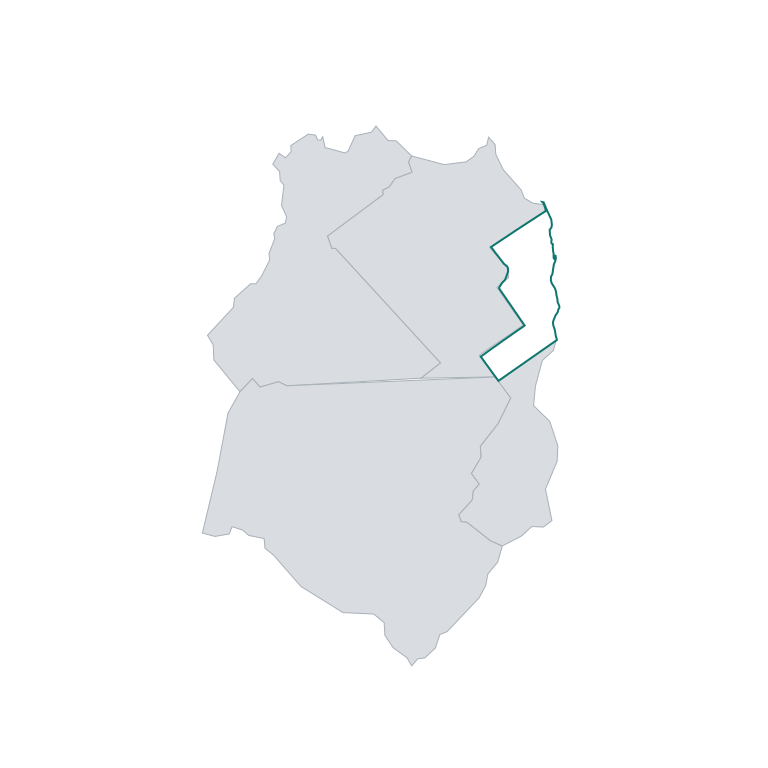 map of Western Sahara with Mali, Mauritania, Algeria and Morocco greyed out, rotated 146°
{"feature_id": "ESH", "entity_name": "Western Sahara", "entity_type": "country or territory", "adm_level": 0, "iso_a3": "ESH", "parent_name": "Africa", "parent_adm1": "", "projection": "orthographic", "projection_center": [-13.3, 24.236], "detail": "fine", "context": "with_neighbors", "style": "outline", "palette": "teal", "viewbox_px": 768, "rotation_deg": 146, "n_neighbors": 4, "source": "natural_earth", "source_scale": "50m", "svg_char_len": 4074}
<svg xmlns="http://www.w3.org/2000/svg" viewBox="0 0 768 768"><g transform="rotate(146 384 384)"><path d="M246.4,602.3L244.5,583.6L237.9,578.7L233.6,557.6L239.4,554.3L242.3,543.8L259.9,548.1L269.6,544.4L276.4,545.4L278.9,541.4L348.0,538.2L351.4,525.6L348.3,523.5L325.3,369.8L350.0,368.1L465.6,436.9L470.2,444.9L488.6,450.8L489.9,462.1L507.7,458.1L511.6,499.0L503.7,512.0L503.1,523.1L465.9,531.8L460.1,538.7L438.5,541.7L434.1,538.7L424.9,542.1L409.3,550.8L406.4,556.5L393.4,565.5L391.3,570.2L384.2,574.3L375.8,572.5L371.2,577.1L369.1,589.4L355.7,604.8L356.3,610.7L351.8,618.4L353.2,628.5L342.0,633.9L339.1,626.6L331.0,628.6L327.9,633.8L307.1,633.5L301.6,628.7L302.5,623.4L300.2,621.5L296.5,623.3L300.6,613.0L287.2,597.4L283.7,597.0L269.1,606.0L253.7,599.8L246.4,602.3Z" fill="#d9dde1" stroke="#a8b0b8" stroke-width="1"/><path d="M150.8,442.8L154.6,436.9L220.2,437.8L216.9,411.8L221.0,402.6L236.4,400.9L235.5,354.9L288.5,354.7L287.6,327.5L350.0,368.1L325.3,369.8L348.3,523.5L351.4,525.6L348.0,538.2L278.9,541.4L276.4,545.4L269.6,544.4L259.9,548.1L242.3,543.8L239.4,554.3L233.6,557.6L211.6,532.4L191.9,522.3L182.3,522.4L173.9,526.2L165.3,524.5L159.3,530.1L158.0,520.4L162.9,511.8L165.3,495.0L161.8,468.3L163.7,459.4L159.5,450.8L150.8,442.8Z" fill="#d9dde1" stroke="#a8b0b8" stroke-width="1"/><path d="M287.6,327.5L286.7,301.5L311.4,287.4L339.0,278.4L344.3,269.1L361.5,260.9L361.0,247.7L369.6,245.5L375.8,238.4L395.0,233.8L396.9,226.7L392.6,223.3L383.3,194.4L376.5,183.6L389.2,172.8L404.2,168.4L412.1,160.3L424.8,153.5L470.3,143.4L477.7,145.1L489.1,136.4L503.4,134.1L509.8,137.3L518.7,134.8L518.0,144.1L523.9,160.2L523.8,175.1L517.3,186.1L521.2,199.1L545.9,217.5L566.1,262.7L571.2,303.5L574.5,314.4L569.8,322.9L580.9,334.2L582.7,341.7L589.7,350.7L596.2,346.2L609.4,352.2L617.9,362.0L570.9,405.2L529.6,447.1L507.7,458.1L489.9,462.1L488.6,450.8L470.2,444.9L465.6,436.9L287.6,327.5Z" fill="#d9dde1" stroke="#a8b0b8" stroke-width="1"/><path d="M224.8,317.1L239.5,315.0L259.5,297.7L272.1,282.4L267.5,260.3L274.5,235.4L283.7,223.1L308.9,206.6L321.2,176.8L331.9,176.3L341.2,183.2L354.9,181.1L376.5,183.6L383.3,194.4L392.6,223.3L396.9,226.7L395.0,233.8L375.8,238.4L369.6,245.5L361.0,247.7L361.5,260.9L344.3,269.1L339.0,278.4L311.4,287.4L286.7,301.5L287.7,322.6L217.0,323.8L224.8,317.1Z" fill="#d9dde1" stroke="#a8b0b8" stroke-width="1"/><path d="M287.7,329.4L287.8,332.4L287.9,336.0L288.0,339.5L288.2,343.6L288.3,347.6L288.4,350.6L288.5,352.6L285.2,352.7L282.2,352.8L279.2,352.9L276.2,353.0L273.2,353.1L270.2,353.1L267.2,353.2L264.2,353.3L261.2,353.4L258.2,353.4L255.2,353.5L252.2,353.5L249.2,353.6L246.1,353.6L243.1,353.7L240.1,353.7L237.1,353.7L234.7,353.8L234.7,355.9L234.7,358.3L234.8,360.8L234.8,363.2L234.8,365.7L234.8,368.1L234.9,370.6L234.9,373.0L234.9,375.5L234.9,377.9L234.9,380.4L235.0,382.8L235.0,385.3L235.0,387.7L235.0,390.2L235.1,392.6L235.1,395.1L235.1,397.3L235.0,399.2L234.0,399.8L231.7,400.9L229.3,401.9L226.2,402.5L225.2,402.8L223.2,404.2L220.6,406.1L218.4,407.7L216.9,409.8L216.4,410.9L216.2,412.1L216.3,413.3L217.1,415.6L217.4,416.8L217.5,418.8L217.6,421.0L217.8,423.4L217.9,425.8L218.1,428.3L218.3,430.8L218.4,433.4L218.5,435.3L218.7,437.7L216.2,437.7L212.3,437.7L208.5,437.7L204.6,437.7L200.8,437.6L197.0,437.6L193.1,437.6L189.3,437.6L185.4,437.5L181.6,437.5L177.8,437.4L173.9,437.4L170.1,437.3L166.2,437.2L162.4,437.2L158.6,437.1L154.7,437.0L152.6,436.9L151.8,440.3L151.2,442.7L150.8,444.6L151.0,446.3L150.1,445.4L151.9,436.1L152.0,435.3L153.4,426.7L155.8,422.1L157.7,420.1L160.5,419.1L163.2,414.4L164.2,410.1L165.9,408.2L166.5,406.7L165.8,405.5L167.5,403.2L169.5,399.6L170.4,397.4L172.7,393.9L173.0,393.1L172.8,392.2L171.9,392.9L170.9,394.2L169.8,395.2L170.3,394.0L171.2,392.1L173.2,390.2L176.4,388.1L183.0,380.9L185.5,379.7L187.7,376.6L188.6,373.9L188.8,367.7L189.7,364.4L191.1,361.8L192.9,357.1L194.2,355.0L195.0,350.8L196.0,349.1L197.6,348.4L200.0,346.3L203.4,345.0L207.6,342.2L209.5,340.6L210.8,338.1L212.2,333.2L214.6,328.0L215.9,324.1L216.1,323.8L287.4,322.6L287.4,322.8L287.5,325.8L287.7,329.4Z" fill="none" stroke="#0f766e" stroke-width="2"/></g></svg>